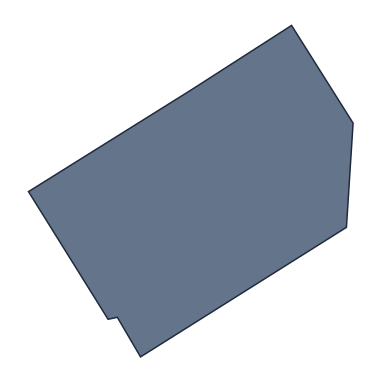 the district of Limestone, Texas, United States of America, rotated 88°
{"feature_id": "52423323B48911079087514", "entity_name": "Limestone", "entity_type": "district", "adm_level": 2, "iso_a3": "USA", "parent_name": "United States of America", "parent_adm1": "Texas", "projection": "orthographic", "projection_center": [-96.581, 31.518], "detail": "fine", "context": "isolated", "style": "filled", "palette": "slate", "viewbox_px": 384, "rotation_deg": 88, "n_neighbors": 0, "source": "geoboundaries", "source_scale": "gbopen_adm2", "svg_char_len": 272}
<svg xmlns="http://www.w3.org/2000/svg" viewBox="0 0 384 384"><g transform="rotate(88 192 192)"><path d="M90.1,189.5L185.9,355.4L316.3,280.3L314.6,271.0L355.0,249.2L232.7,38.9L128.8,28.6L29.0,86.7L90.1,189.5Z" fill="#64748b" stroke="#1e293b" stroke-width="1.5"/></g></svg>